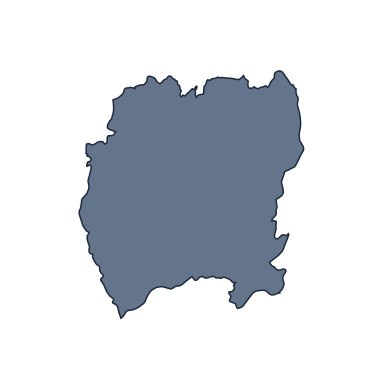 the district of Dien Khanh, Khánh Hòa, Vietnam, rotated 197°
{"feature_id": "81297802B57264474428475", "entity_name": "Dien Khanh", "entity_type": "district", "adm_level": 2, "iso_a3": "VNM", "parent_name": "Vietnam", "parent_adm1": "Khánh Hòa", "projection": "robinson", "projection_center": [109.047, 12.278], "detail": "fine", "context": "isolated", "style": "filled", "palette": "slate", "viewbox_px": 384, "rotation_deg": 197, "n_neighbors": 0, "source": "geoboundaries", "source_scale": "gbopen_adm2", "svg_char_len": 6034}
<svg xmlns="http://www.w3.org/2000/svg" viewBox="0 0 384 384"><g transform="rotate(197 192 192)"><path d="M282.0,274.0L282.2,273.6L282.9,273.1L285.3,272.2L286.3,271.2L286.6,270.5L286.6,267.4L286.9,265.8L287.3,264.8L289.3,261.6L290.6,260.0L294.5,257.0L292.6,252.6L291.0,247.7L290.5,245.0L290.4,243.6L290.4,238.1L291.4,236.0L292.1,232.9L292.2,230.3L291.8,229.1L291.2,228.3L290.2,228.0L288.6,227.6L282.7,227.4L283.1,226.5L283.6,224.0L283.9,223.3L284.6,222.7L288.1,221.6L288.8,220.7L289.0,220.2L288.8,218.6L288.6,217.6L288.0,215.9L287.9,215.0L288.0,214.2L288.4,213.5L289.7,212.2L290.9,213.3L291.7,213.8L292.3,213.9L294.3,213.5L295.6,212.9L296.7,212.1L299.4,209.0L300.3,208.3L301.0,207.9L301.8,207.9L305.1,208.1L306.1,207.5L307.0,206.7L304.6,197.9L303.6,197.9L302.9,197.6L302.7,197.4L303.1,196.8L303.3,196.4L303.1,196.0L302.8,195.7L301.1,195.7L299.7,195.4L297.9,193.8L298.2,191.9L298.5,191.4L299.9,190.7L300.5,189.9L300.6,187.4L300.3,186.1L300.0,185.9L298.9,186.9L297.1,187.9L296.5,187.7L296.0,187.1L295.4,185.4L295.0,179.2L294.8,173.0L294.3,171.4L292.4,167.9L291.9,166.4L291.7,165.4L291.9,161.7L292.0,160.2L292.7,158.5L295.1,153.2L295.1,151.9L294.6,149.6L294.0,145.0L293.9,143.7L294.2,140.9L293.9,139.3L293.5,138.2L291.3,134.8L286.4,127.8L282.4,124.5L281.7,124.0L279.8,123.5L278.7,122.9L278.6,122.6L278.6,122.0L279.2,120.2L279.3,119.4L279.0,117.6L277.8,115.2L275.9,112.3L274.1,110.0L273.7,107.2L273.1,105.1L272.9,104.6L271.6,103.5L268.6,103.2L268.4,102.7L268.2,101.3L267.5,99.9L264.0,96.3L261.8,94.7L259.2,94.0L258.6,93.5L258.3,93.0L257.8,91.2L257.1,89.6L255.6,88.3L252.5,86.4L252.2,85.1L252.6,84.3L253.6,82.8L253.8,81.9L253.6,81.1L252.1,79.9L249.0,77.2L244.1,71.4L239.8,68.3L235.6,66.8L235.4,66.3L235.8,64.4L235.6,63.0L234.7,62.4L233.1,62.4L230.9,61.6L229.7,60.5L228.8,59.3L227.1,56.0L223.0,50.5L222.1,51.8L220.9,54.6L220.4,56.8L219.8,58.5L219.3,59.3L218.6,59.9L214.8,61.7L213.3,62.7L211.9,63.8L209.9,65.6L206.2,70.5L205.4,71.9L204.8,73.8L204.4,78.5L203.8,81.1L203.0,83.7L202.3,85.5L200.7,87.8L198.1,90.3L195.6,91.7L192.7,92.8L186.7,93.0L184.2,93.0L183.6,93.2L182.6,94.1L181.6,95.4L180.4,96.6L179.2,97.4L176.9,98.5L175.4,99.5L173.4,102.2L171.6,105.1L167.3,111.0L164.0,108.7L162.9,108.6L162.2,108.8L161.5,109.4L160.0,112.2L159.3,113.2L158.5,113.7L157.4,114.1L154.4,113.6L153.2,113.9L152.0,114.4L149.6,116.1L146.5,117.8L145.9,117.6L144.6,116.9L143.8,116.9L141.3,117.7L139.8,117.7L139.2,117.9L138.4,118.5L137.7,119.3L136.8,119.7L135.7,119.9L134.2,119.8L131.5,119.6L129.7,119.2L126.9,117.5L126.2,117.4L125.5,117.5L124.8,117.9L123.8,118.0L124.5,116.8L125.0,115.5L125.0,114.9L123.5,113.1L123.3,111.9L123.5,110.8L124.0,109.4L124.7,108.6L125.6,108.0L127.3,107.4L127.4,107.1L127.3,106.5L126.8,105.7L125.0,104.3L124.5,103.7L124.2,103.2L124.1,102.4L124.4,101.4L124.5,99.3L124.1,98.5L123.5,98.3L121.8,98.3L118.3,97.9L117.8,97.7L117.0,97.0L116.1,95.4L115.5,94.7L114.3,93.9L113.8,94.2L110.7,96.6L110.1,97.4L104.5,112.6L103.6,114.1L102.1,115.7L100.3,116.7L96.2,118.6L93.2,119.2L91.3,118.7L89.5,117.7L87.4,116.9L85.4,116.9L83.2,117.9L80.0,120.4L78.5,121.2L79.1,121.8L79.1,122.1L79.0,122.4L78.4,122.9L77.6,124.5L77.2,126.3L77.0,128.5L77.1,130.4L77.4,131.7L79.4,134.9L80.0,136.1L80.2,137.3L80.1,138.7L79.9,140.2L79.4,141.5L79.1,144.1L80.1,145.1L81.5,145.3L82.8,144.7L84.8,143.2L85.9,142.7L88.5,142.6L90.9,144.2L91.7,144.5L92.8,144.5L93.9,144.8L95.0,145.5L97.3,147.4L90.9,156.6L88.5,161.4L88.0,163.9L87.7,168.9L87.1,176.0L87.0,179.7L87.8,180.3L88.0,179.5L88.5,178.6L89.3,177.9L90.2,177.8L91.9,177.9L92.7,177.5L93.5,176.9L94.3,175.8L94.8,174.7L95.8,172.9L96.5,172.2L97.5,171.9L98.5,172.0L99.8,172.8L100.5,174.7L100.7,180.4L101.1,182.4L101.9,184.1L102.6,187.9L103.1,188.5L105.0,188.5L106.4,188.2L107.4,187.8L107.3,189.6L105.5,193.6L105.0,195.2L105.0,195.9L106.2,198.7L106.2,202.4L108.9,208.0L109.4,209.6L107.3,211.8L105.2,214.6L104.7,215.8L104.8,217.7L104.4,218.1L106.3,222.4L109.1,227.0L109.5,228.1L109.2,237.6L109.0,238.8L108.5,239.4L105.9,241.4L104.5,243.1L102.1,245.2L101.4,245.9L100.9,247.1L100.0,251.2L99.1,256.8L98.8,259.6L97.8,263.3L97.6,264.7L97.9,266.1L99.0,268.1L103.7,272.4L104.6,273.7L106.6,279.4L106.8,282.2L107.7,287.7L108.8,291.1L110.9,296.2L112.5,299.4L116.3,305.3L117.0,307.0L117.6,311.7L118.0,312.9L118.7,313.8L120.6,315.6L121.4,317.0L122.4,319.8L122.6,321.1L124.1,321.5L124.9,321.9L126.1,323.6L126.7,323.9L127.2,323.8L127.7,323.5L128.3,323.5L131.2,325.7L132.9,327.2L140.2,332.9L141.8,333.5L143.2,333.5L144.5,333.1L146.1,331.9L147.1,330.8L147.5,330.0L147.6,329.0L146.8,325.6L146.7,324.9L148.4,321.5L149.0,319.7L149.4,316.0L150.0,314.5L150.5,314.3L151.3,314.5L152.1,315.1L152.4,315.2L154.3,313.6L157.0,312.1L158.9,310.1L161.6,310.1L163.0,310.8L163.2,310.7L164.1,310.1L164.4,309.3L165.0,308.9L167.3,308.0L167.9,308.1L168.9,309.0L169.5,310.0L170.2,311.7L170.5,313.7L171.0,314.8L173.6,315.6L174.8,316.3L176.8,318.4L178.1,315.8L179.2,314.2L179.3,313.6L181.9,312.8L186.6,312.3L191.8,311.3L194.7,310.5L196.3,310.4L198.6,309.5L200.5,309.4L201.7,308.7L203.6,307.1L205.9,306.3L206.9,305.0L207.3,304.0L209.8,303.9L210.1,303.4L210.3,300.8L210.4,297.6L211.3,296.9L211.2,295.9L209.8,289.6L209.9,288.8L211.5,288.2L214.2,286.7L215.0,285.4L215.5,283.9L217.4,285.9L217.5,287.5L218.4,289.3L218.4,290.1L217.9,292.2L217.9,293.6L218.3,294.4L218.6,294.5L218.9,294.4L219.2,294.0L219.9,291.0L220.3,290.6L220.9,290.3L221.7,290.9L222.3,290.3L224.1,286.7L225.3,285.0L226.6,281.9L229.1,282.0L229.8,280.0L231.7,280.7L232.0,282.2L231.9,283.4L232.0,284.5L231.9,285.4L232.2,286.1L233.6,287.1L234.6,289.4L234.9,289.8L235.5,290.2L237.0,290.5L237.4,291.1L238.1,292.8L238.9,293.8L240.3,293.7L241.7,294.8L243.5,294.7L245.1,296.1L246.3,296.4L247.1,296.4L247.9,296.1L248.4,295.6L249.4,293.1L251.6,290.9L252.3,289.7L252.8,288.0L253.8,286.9L254.4,286.4L255.0,286.3L256.5,286.6L257.6,287.2L260.4,289.6L262.1,290.3L265.7,290.4L267.2,290.1L267.8,289.6L268.1,288.7L267.7,285.0L267.9,283.7L268.9,281.2L269.5,280.6L270.5,280.1L272.9,279.1L273.9,278.5L274.9,277.5L276.1,276.9L277.3,275.7L277.5,275.2L276.8,274.3L282.0,274.0Z" fill="#64748b" stroke="#1e293b" stroke-width="1.5"/></g></svg>